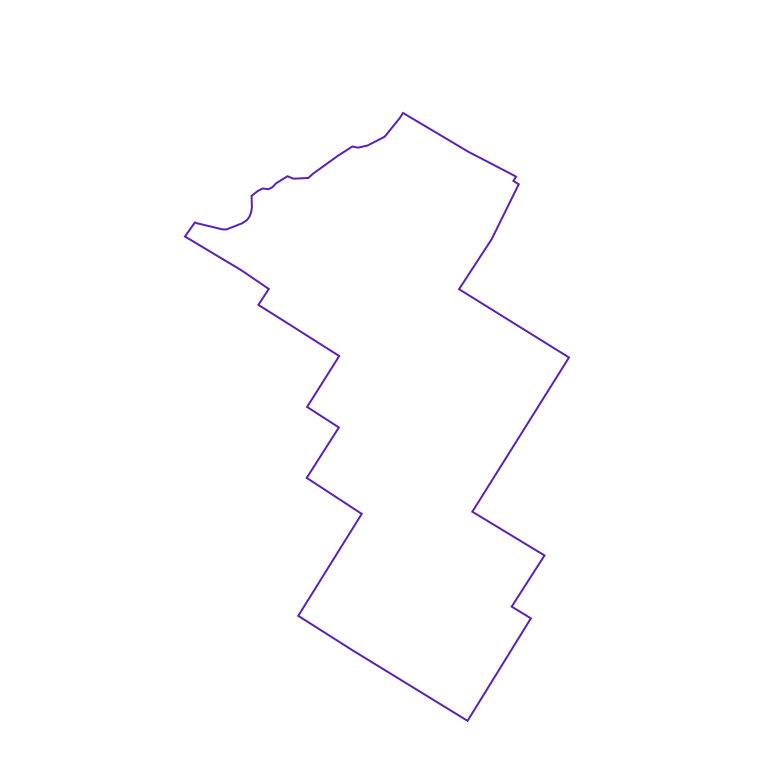 the district of Oconto, Wisconsin, United States of America, rotated 211°
{"feature_id": "52423323B46591064068205", "entity_name": "Oconto", "entity_type": "district", "adm_level": 2, "iso_a3": "USA", "parent_name": "United States of America", "parent_adm1": "Wisconsin", "projection": "equal_earth", "projection_center": [-88.069, 45.026], "detail": "fine", "context": "isolated", "style": "outline", "palette": "violet", "viewbox_px": 768, "rotation_deg": 211, "n_neighbors": 0, "source": "geoboundaries", "source_scale": "gbopen_adm2", "svg_char_len": 790}
<svg xmlns="http://www.w3.org/2000/svg" viewBox="0 0 768 768"><g transform="rotate(211 384 384)"><path d="M239.1,502.0L368.5,503.9L366.3,563.8L371.4,624.6L377.7,624.7L377.6,629.7L379.3,629.7L431.4,626.5L507.3,626.1L507.5,619.8L510.8,596.3L520.9,580.0L527.9,573.3L533.4,571.3L541.2,555.6L553.2,527.6L555.0,521.6L567.3,513.4L573.7,512.4L579.9,500.4L580.9,495.4L583.3,491.5L588.7,489.1L591.7,484.2L594.4,477.1L588.0,467.0L586.3,462.5L585.5,458.0L585.9,454.0L588.3,448.8L598.7,435.3L602.2,433.3L627.0,425.5L629.3,425.1L630.6,407.9L564.4,408.0L531.7,406.1L532.4,387.1L499.5,386.4L436.8,384.9L438.1,324.7L400.3,323.5L401.9,263.7L336.2,261.2L338.1,141.1L272.6,139.5L138.9,138.3L137.4,258.8L159.9,258.9L158.1,319.7L242.5,320.0L239.1,502.0Z" fill="none" stroke="#5b21b6" stroke-width="2"/></g></svg>